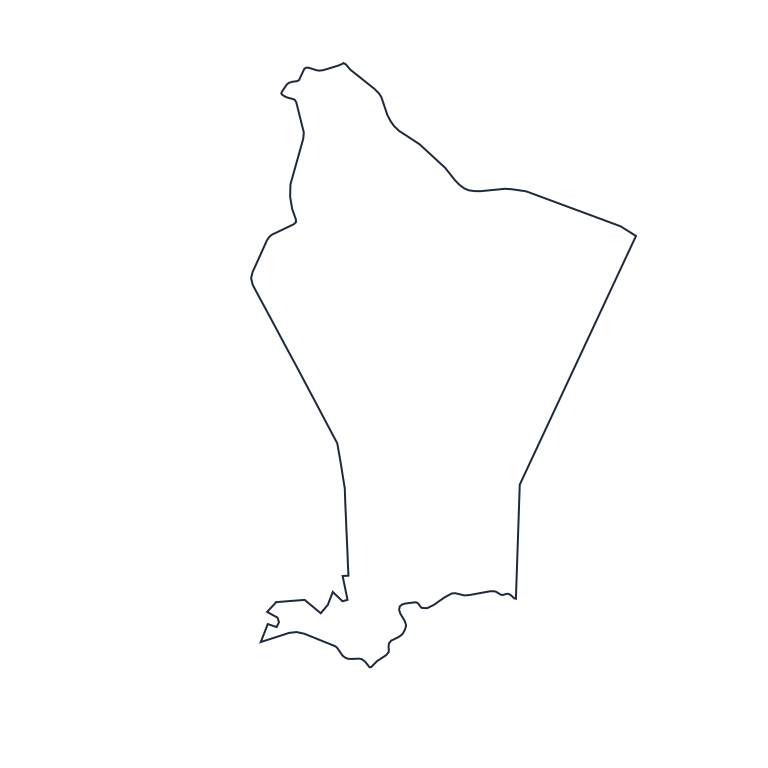 the border of Eastern Equatoria, rotated 111°
{"feature_id": "SDS-892", "entity_name": "Eastern Equatoria", "entity_type": "State", "adm_level": 1, "iso_a3": "SSD", "parent_name": "South Sudan", "parent_adm1": "", "projection": "natural_earth1", "projection_center": [34.12, 4.76], "detail": "fine", "context": "isolated", "style": "outline", "palette": "slate", "viewbox_px": 768, "rotation_deg": 111, "n_neighbors": 0, "source": "natural_earth", "source_scale": "10m", "svg_char_len": 2167}
<svg xmlns="http://www.w3.org/2000/svg" viewBox="0 0 768 768"><g transform="rotate(111 384 384)"><path d="M578.9,266.7L579.5,268.6L578.7,270.4L577.5,272.1L576.5,273.8L576.3,275.8L576.9,277.2L581.4,285.6L583.5,288.2L586.0,289.6L589.4,289.0L592.5,286.5L598.1,279.4L601.2,277.0L603.7,276.5L606.6,276.5L609.5,276.9L611.9,277.6L615.1,279.8L621.1,285.4L624.4,286.4L627.7,285.6L630.2,284.3L632.7,283.6L636.2,284.7L645.3,291.2L652.9,294.5L653.6,296.0L649.9,302.3L648.9,306.0L649.4,309.1L652.1,315.2L653.4,319.0L653.4,322.3L652.3,325.6L647.0,333.3L646.3,335.4L645.7,368.9L646.9,376.7L650.3,383.3L669.1,406.6L660.2,406.5L649.8,406.5L649.4,397.1L644.0,396.7L640.2,399.8L639.4,406.5L638.6,411.4L626.4,406.5L626.2,406.5L626.2,406.3L619.6,392.5L614.0,380.7L620.7,360.9L610.3,357.3L596.5,357.3L601.7,344.9L598.6,340.7L587.8,347.6L578.1,353.8L575.7,348.5L566.1,352.7L554.7,357.6L542.1,363.1L530.7,368.1L520.2,372.6L509.0,377.5L495.5,383.2L486.1,388.7L476.5,394.2L466.9,399.9L456.1,406.4L442.1,422.5L428.1,438.5L414.1,454.6L400.1,470.6L388.9,483.7L377.5,496.9L362.0,514.8L348.8,530.2L338.6,542.0L337.9,542.5L332.8,546.0L326.8,546.8L304.5,545.5L301.3,545.3L291.9,544.8L287.6,543.8L284.7,542.1L267.2,525.5L264.5,524.2L262.0,525.2L253.6,532.4L242.7,538.8L231.1,542.9L209.4,544.9L183.9,547.3L177.9,549.0L152.4,566.9L150.7,569.1L150.6,571.1L151.2,576.9L151.1,579.4L150.7,581.6L150.5,582.6L149.6,584.0L147.9,584.1L139.2,582.1L136.9,580.7L134.8,578.1L133.9,576.4L132.1,573.2L130.5,572.2L129.4,572.1L118.6,571.4L116.7,570.2L115.7,567.5L115.3,560.1L114.8,557.1L112.8,553.2L102.9,540.5L99.7,537.3L98.9,536.9L99.3,534.1L102.7,527.9L111.9,498.7L114.5,492.9L117.1,489.3L131.6,477.3L136.2,472.1L139.6,467.1L142.3,460.6L147.4,436.9L160.3,404.3L168.3,390.9L171.1,384.8L172.6,379.4L172.8,374.4L171.5,368.6L169.4,363.0L158.3,340.8L156.4,334.6L153.2,320.4L152.0,219.7L155.5,201.8L429.3,221.2L537.2,183.9L537.4,185.7L536.0,189.1L535.5,190.9L535.4,192.8L536.1,194.5L538.4,197.4L538.8,199.2L538.5,201.4L538.1,203.3L537.8,205.0L538.1,207.1L539.5,210.7L550.7,229.1L552.6,233.3L553.8,242.6L555.3,245.7L561.5,251.0L572.6,258.5L577.9,263.5L578.9,266.7Z" fill="none" stroke="#1e293b" stroke-width="2"/></g></svg>